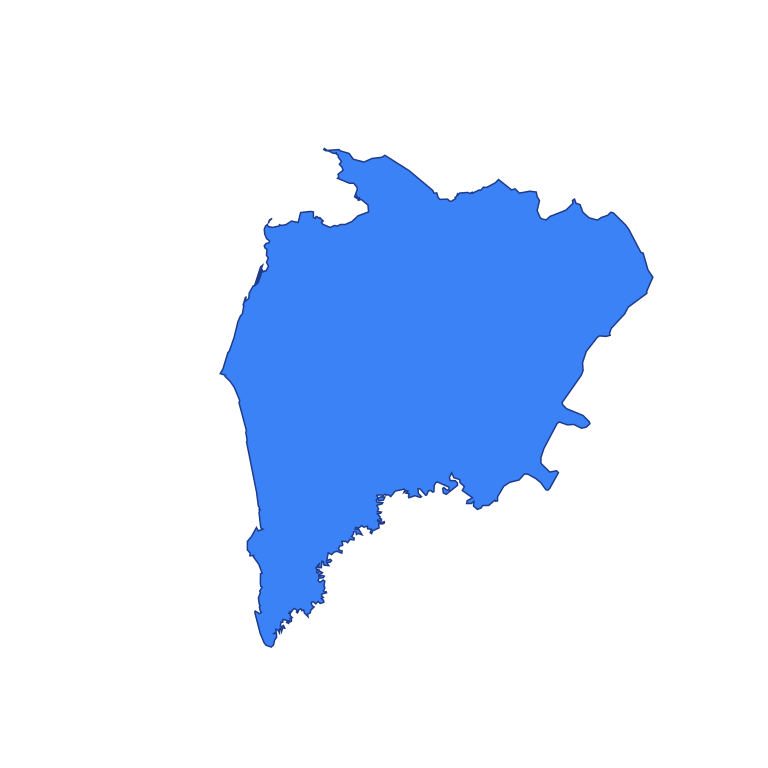 the district of Aceh Timur, Aceh, Indonesia, rotated 219°
{"feature_id": "22746128B94735591859977", "entity_name": "Aceh Timur", "entity_type": "district", "adm_level": 2, "iso_a3": "IDN", "parent_name": "Indonesia", "parent_adm1": "Aceh", "projection": "albers", "projection_center": [97.761, 4.703], "detail": "fine", "context": "isolated", "style": "filled", "palette": "blue", "viewbox_px": 768, "rotation_deg": 219, "n_neighbors": 0, "source": "geoboundaries", "source_scale": "gbopen_adm2", "svg_char_len": 6175}
<svg xmlns="http://www.w3.org/2000/svg" viewBox="0 0 768 768"><g transform="rotate(219 384 384)"><path d="M578.5,529.5L578.3,528.3L576.2,528.6L573.9,530.2L568.2,531.5L566.6,533.6L566.3,532.7L563.5,533.0L562.1,531.4L557.1,530.2L557.0,526.7L552.9,526.0L550.3,524.3L551.7,518.1L549.4,516.2L549.6,514.6L537.1,518.3L533.8,521.0L528.6,519.8L527.2,518.3L524.6,510.9L522.0,511.2L523.1,512.8L520.7,511.7L520.3,513.2L519.2,511.6L520.5,511.4L519.7,510.6L517.8,513.1L509.1,513.0L504.3,508.0L510.0,498.4L511.1,490.3L514.5,483.6L518.1,480.7L519.8,477.2L522.3,476.0L524.2,471.9L531.9,469.6L534.3,470.2L533.8,472.4L538.5,472.9L538.5,472.0L541.5,471.9L542.2,471.3L541.4,469.6L543.6,469.0L547.2,473.3L549.7,471.9L556.7,464.8L552.4,455.5L558.4,452.4L560.6,445.9L563.7,442.5L565.4,442.1L565.1,440.6L568.9,435.8L573.1,433.4L575.0,434.6L575.5,432.3L574.5,429.0L571.1,425.5L566.7,423.1L563.0,423.2L562.3,421.4L564.1,418.9L564.1,416.1L562.2,414.8L559.6,414.9L556.3,410.0L553.2,409.1L551.8,404.5L547.9,402.9L546.8,397.3L548.3,396.5L549.4,393.0L548.5,391.8L545.6,383.7L546.3,378.9L547.4,377.9L546.0,369.9L542.9,365.4L544.2,360.2L545.9,365.2L546.1,363.9L543.2,356.8L542.2,356.6L538.1,349.2L538.4,346.6L536.7,340.4L529.8,325.9L524.9,312.1L525.1,310.2L518.7,294.5L517.8,289.0L512.7,291.0L512.3,289.9L505.0,289.2L498.1,287.1L485.7,280.4L484.9,278.2L461.7,261.3L460.9,259.4L454.7,254.0L454.5,252.6L414.7,219.5L404.9,210.1L402.6,209.3L402.0,207.7L401.1,208.1L400.3,205.5L390.1,195.5L388.4,194.5L386.8,195.0L389.2,190.7L392.8,192.2L391.0,182.1L391.1,175.7L385.8,169.1L381.6,168.3L380.1,166.1L377.3,168.7L376.8,167.6L367.9,165.1L359.6,160.2L360.6,158.9L355.1,151.8L352.5,149.2L350.9,149.4L350.3,144.8L348.8,144.1L347.0,138.7L342.2,134.2L340.7,133.9L340.7,132.5L337.8,130.0L335.6,129.4L336.2,127.3L341.2,126.5L340.8,125.3L323.0,112.1L314.6,107.6L311.4,106.7L306.1,108.6L305.6,111.6L307.8,116.1L308.0,119.5L310.5,122.3L312.5,120.9L311.6,123.3L313.7,125.3L311.5,126.0L308.6,124.8L311.1,128.2L310.4,129.1L307.8,127.2L309.3,130.5L307.5,131.8L310.2,133.1L310.9,130.8L312.1,130.5L314.2,134.2L312.8,135.1L314.4,137.5L309.9,139.4L309.6,137.4L307.5,137.9L309.0,140.9L307.7,139.4L306.6,141.2L307.6,142.7L309.3,142.5L308.3,144.7L310.9,144.8L312.4,146.6L313.6,146.0L313.9,148.1L312.6,148.1L312.8,152.8L309.2,153.6L308.4,151.6L307.2,151.7L308.0,155.2L307.2,157.0L305.0,156.2L304.2,157.8L301.6,155.9L296.6,155.4L298.6,157.1L297.3,159.6L298.6,162.4L298.0,166.7L300.3,166.5L302.7,168.0L302.8,169.2L301.9,170.3L298.7,170.2L298.3,173.6L295.5,173.3L293.4,176.5L294.8,177.8L297.9,177.9L296.8,179.9L299.4,180.2L300.1,181.7L297.3,185.6L298.3,186.2L299.2,184.9L300.8,185.1L301.7,188.5L303.5,189.2L306.0,193.6L307.9,193.4L308.9,189.7L311.4,189.6L312.4,191.9L309.3,195.3L309.5,197.1L311.8,196.1L313.6,193.5L314.5,194.4L313.0,198.6L316.7,198.1L316.6,195.4L317.5,195.1L318.6,196.2L318.1,198.8L319.9,197.7L321.2,198.2L321.2,204.5L320.3,199.9L317.1,201.8L320.7,207.2L319.7,207.8L316.5,205.5L312.6,208.1L316.4,209.3L313.8,211.4L313.6,213.7L315.3,214.0L317.5,210.9L321.1,217.7L317.3,218.5L317.0,221.9L315.1,224.5L310.4,225.9L311.4,227.9L314.2,226.8L315.8,227.4L316.4,230.4L314.7,232.1L314.9,233.2L317.8,235.1L314.6,237.6L312.4,237.8L312.6,241.9L309.2,244.0L310.2,245.5L313.3,245.1L313.4,248.4L314.6,249.7L313.9,251.1L312.8,251.5L310.7,249.7L309.9,251.7L306.2,253.0L312.0,255.1L315.1,253.1L315.9,254.6L313.1,256.1L312.2,259.9L309.7,260.0L307.3,263.0L305.6,261.1L302.3,263.2L301.2,259.8L299.5,259.9L300.3,262.9L297.3,269.0L300.2,272.1L297.0,274.4L296.3,276.2L297.1,277.2L299.5,273.9L302.8,273.5L303.2,274.7L300.3,274.8L300.2,276.3L300.9,277.4L302.6,276.7L303.4,278.3L307.5,279.0L305.3,281.4L305.4,282.8L308.9,280.7L309.6,283.5L313.2,285.1L310.0,289.8L310.3,291.0L314.7,287.8L316.8,288.6L317.0,290.4L314.5,290.1L311.4,293.5L312.2,296.7L315.3,294.4L316.9,291.5L319.6,293.0L316.3,296.2L314.7,296.4L313.9,299.0L312.5,298.8L311.0,300.7L307.9,300.8L307.9,307.9L302.0,315.1L300.9,314.6L300.3,312.4L299.4,315.3L297.8,315.9L298.3,313.0L295.3,314.6L294.3,312.0L293.0,311.3L289.6,316.7L284.6,318.6L284.0,320.0L288.5,320.6L291.7,324.1L289.9,325.2L281.7,323.7L281.0,324.6L282.2,328.7L281.0,330.5L278.0,330.7L277.5,331.8L281.3,337.0L281.6,340.5L280.4,341.6L268.6,344.7L266.8,342.5L268.4,341.2L272.4,341.1L272.6,339.8L269.4,336.7L266.2,337.4L263.1,351.5L264.7,353.3L267.8,353.7L271.8,350.6L274.4,352.6L275.5,357.5L270.7,355.2L265.2,357.3L262.7,355.2L257.0,354.9L256.1,350.5L243.6,351.3L245.9,345.7L244.6,343.1L240.9,346.1L240.3,349.4L237.7,345.5L232.5,345.3L230.4,349.0L231.0,351.5L226.2,355.5L224.8,363.4L223.5,363.0L222.2,364.6L224.8,367.9L226.6,379.9L224.5,386.6L218.6,394.5L218.3,402.3L215.4,404.5L206.7,406.0L199.8,406.0L191.6,403.7L189.8,404.7L189.5,407.2L192.6,424.8L195.2,425.2L199.8,419.9L212.1,421.1L215.8,425.7L219.2,434.7L224.6,462.3L223.8,464.8L215.7,467.7L211.1,472.0L202.7,473.9L199.7,477.7L199.0,482.7L200.7,483.8L209.5,484.8L226.6,479.7L232.1,480.3L233.9,481.8L236.2,514.9L237.7,519.7L243.1,525.5L247.3,536.6L247.6,554.5L246.8,557.0L241.2,560.9L238.9,564.2L240.6,565.3L242.4,570.3L241.1,590.2L242.6,597.3L236.8,619.8L238.3,621.8L242.3,636.2L250.7,638.8L265.0,648.8L267.2,647.9L290.7,658.1L296.2,659.6L313.5,661.3L315.8,660.2L316.3,655.9L320.0,650.0L321.2,645.8L329.1,642.2L337.5,642.6L344.5,646.8L348.6,645.3L352.3,647.6L353.0,645.3L350.8,643.3L352.1,633.4L360.4,618.8L361.3,613.6L365.0,611.7L367.3,611.6L374.1,615.1L378.6,624.4L382.7,625.9L386.5,629.0L391.9,625.7L399.0,617.5L404.9,618.2L407.1,615.1L423.7,615.0L424.1,610.4L428.0,601.3L430.6,599.5L430.8,595.3L432.1,594.7L435.4,587.8L436.1,588.5L437.4,586.0L439.4,585.6L445.4,580.0L445.5,577.7L446.5,578.0L445.6,575.2L446.2,573.7L445.1,572.9L446.6,568.5L448.1,567.3L450.8,567.8L456.8,562.6L459.4,563.0L463.2,565.7L465.2,563.8L468.0,565.1L498.7,565.6L527.2,562.3L528.4,558.8L535.2,551.8L539.3,543.8L549.2,539.4L556.2,541.2L564.9,537.6L566.5,537.9L575.1,529.8L578.5,529.5ZM553.6,397.4L546.4,378.8L546.8,385.4L547.7,385.2L553.1,399.9L553.6,397.4ZM575.2,442.3L576.2,439.3L575.0,436.0L575.7,438.8L575.2,442.3ZM550.2,395.8L550.4,394.1L549.8,393.3L549.4,395.2L550.2,395.8ZM549.7,392.0L549.3,390.9L548.6,390.1L548.6,391.0L549.7,392.0Z" fill="#3b82f6" stroke="#1e3a8a" stroke-width="1.5"/></g></svg>